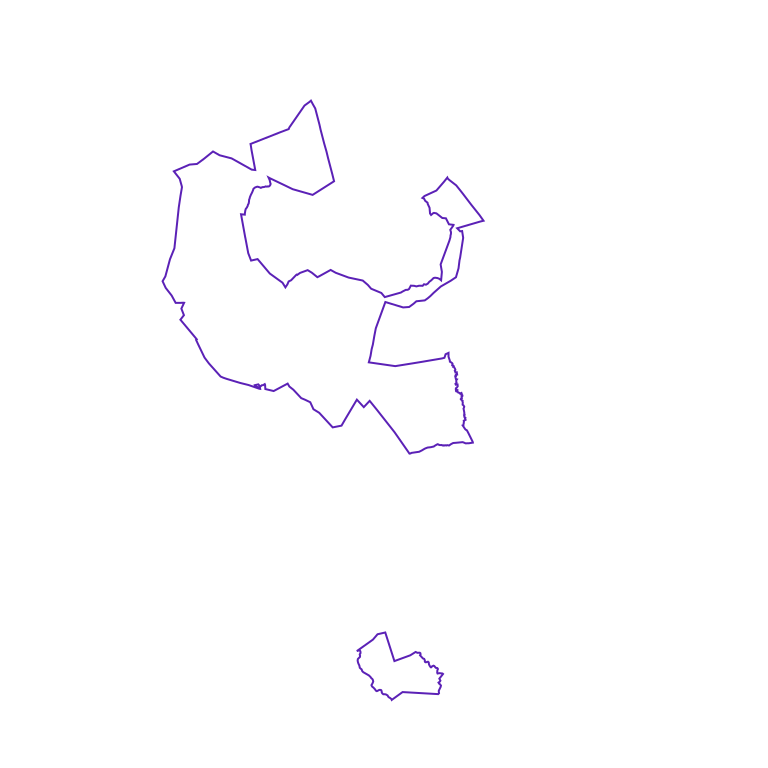 Asunción Nochixtlán, Oaxaca, Mexico (Natural Earth projection), rotated 328°
{"feature_id": "50627088B53050207097462", "entity_name": "Asunción Nochixtlán", "entity_type": "district", "adm_level": 2, "iso_a3": "MEX", "parent_name": "Mexico", "parent_adm1": "Oaxaca", "projection": "natural_earth1", "projection_center": [-97.155, 17.382], "detail": "fine", "context": "isolated", "style": "outline", "palette": "violet", "viewbox_px": 768, "rotation_deg": 328, "n_neighbors": 0, "source": "geoboundaries", "source_scale": "gbopen_adm2", "svg_char_len": 6150}
<svg xmlns="http://www.w3.org/2000/svg" viewBox="0 0 768 768"><g transform="rotate(328 384 384)"><path d="M472.2,105.0L470.2,105.3L464.7,105.7L464.0,105.8L439.6,116.3L438.3,117.3L429.8,115.6L398.0,109.7L397.4,111.3L395.7,115.2L388.2,134.3L385.4,132.1L374.3,111.9L365.8,102.9L362.2,96.2L350.8,97.6L342.0,98.3L335.4,94.9L318.5,92.3L319.5,101.7L317.3,109.2L316.9,110.1L311.2,116.5L303.6,125.4L278.2,157.8L268.6,164.8L255.6,176.9L250.7,179.5L249.8,186.8L250.8,196.4L250.3,204.8L254.7,207.5L257.0,208.8L257.5,209.2L252.1,212.7L250.8,219.6L245.4,221.6L248.9,246.9L248.0,247.0L247.4,251.9L245.8,266.5L246.4,273.7L249.4,291.1L251.1,293.6L253.3,296.3L262.6,306.9L268.6,313.1L275.7,321.9L276.4,322.5L276.8,321.4L273.4,317.7L273.7,316.5L277.2,317.7L277.7,320.7L279.7,320.3L280.8,320.9L282.8,320.9L282.7,321.7L280.7,325.4L286.7,331.5L302.5,332.6L302.4,336.0L304.1,340.8L306.3,352.1L308.7,355.5L311.8,360.4L310.8,368.0L313.8,374.1L317.5,393.6L325.9,396.8L332.3,393.4L352.7,382.9L354.6,392.9L362.9,390.7L363.1,392.2L364.3,402.0L367.4,430.5L368.7,456.5L369.2,456.8L370.1,457.0L370.6,456.9L377.9,460.1L381.1,460.4L382.9,460.4L384.8,460.5L387.3,461.0L390.2,462.4L392.3,463.1L393.0,463.4L394.0,463.3L395.2,463.3L397.3,463.4L397.6,463.5L397.7,463.8L398.2,464.2L398.4,464.8L399.0,465.4L399.7,465.8L400.2,466.2L400.6,466.3L401.5,467.6L402.4,467.7L402.8,468.3L403.8,468.6L404.3,469.2L405.1,469.3L406.1,470.2L406.5,470.4L406.6,470.6L409.2,470.5L411.4,470.7L413.9,472.0L419.9,475.0L420.9,476.3L421.7,477.5L424.5,479.2L428.3,480.8L428.6,479.9L429.5,470.8L429.7,468.2L429.7,467.0L429.1,466.1L428.9,465.0L428.8,460.9L429.5,461.1L430.1,460.2L430.8,459.6L431.4,458.7L431.8,458.4L432.2,457.4L434.2,457.6L434.4,456.2L435.1,455.9L435.0,455.5L434.7,454.4L435.1,454.0L435.4,452.8L436.1,452.8L436.5,451.4L436.9,450.9L437.2,450.2L437.9,448.4L438.4,447.0L439.2,446.5L440.0,445.8L440.1,444.3L439.7,443.2L441.1,441.3L441.2,441.0L441.2,440.4L441.8,439.8L441.0,437.7L441.2,437.4L442.5,437.3L442.7,436.4L442.8,436.1L443.8,436.0L444.4,435.3L443.9,434.7L444.6,434.0L444.9,432.7L443.5,432.7L443.5,431.8L442.4,430.6L442.4,429.8L441.7,428.9L442.6,428.7L443.0,428.1L441.7,427.4L441.9,427.0L442.4,426.7L442.3,426.2L442.8,425.7L443.9,425.6L445.3,425.0L446.1,423.4L444.5,422.6L444.7,421.7L446.2,421.4L446.6,420.2L447.3,419.1L448.3,418.7L447.6,417.9L448.5,415.2L449.2,415.4L449.7,414.4L451.0,414.8L451.9,412.6L450.7,412.2L451.1,410.2L451.7,410.1L452.2,409.5L452.4,406.7L451.9,406.2L452.4,405.9L452.6,405.5L451.7,404.3L451.9,404.0L452.7,403.5L452.9,402.9L452.8,402.3L452.6,401.8L452.3,401.0L451.7,400.0L452.2,399.1L453.2,395.0L453.9,393.9L455.2,391.8L452.0,391.4L450.6,392.6L449.1,393.8L446.6,393.0L432.3,387.1L427.9,385.3L418.6,381.4L403.0,374.8L382.6,357.6L387.5,353.0L392.0,347.9L395.4,344.7L401.1,338.3L406.6,332.4L428.6,315.2L440.8,329.2L446.1,332.0L451.6,331.6L455.3,331.0L459.8,333.2L462.9,334.7L466.4,334.5L469.9,334.0L474.4,333.0L483.9,331.4L495.2,331.8L501.6,331.6L508.5,325.4L513.6,319.1L515.5,317.2L528.6,302.0L531.3,295.7L529.5,294.9L528.6,290.7L551.6,297.2L554.9,298.3L554.5,291.3L553.0,278.3L551.7,264.3L551.3,260.6L550.5,253.8L547.6,245.9L546.9,243.6L547.1,242.5L542.0,244.3L531.3,247.6L530.9,247.7L518.4,246.1L517.6,246.1L515.2,246.6L516.2,248.1L516.0,250.5L517.0,253.3L516.5,254.5L516.0,258.7L513.4,263.8L513.5,265.6L516.3,265.2L517.1,265.4L518.9,267.1L521.4,274.1L524.3,276.3L523.7,283.0L527.3,285.9L526.9,286.3L521.9,288.4L521.3,290.7L520.3,292.2L519.2,293.2L518.1,294.7L515.3,297.2L495.4,312.6L492.5,319.6L487.4,326.3L486.7,324.2L485.5,322.5L483.6,320.9L482.1,320.4L480.5,320.8L478.4,321.2L476.6,321.3L474.3,322.1L472.2,322.0L470.8,320.6L468.8,321.2L467.4,320.2L465.7,319.2L463.2,318.4L461.6,316.7L460.0,315.6L458.9,314.8L455.6,316.7L454.1,316.7L452.3,315.7L448.6,315.4L446.8,315.4L430.7,310.7L430.0,305.4L423.6,296.4L422.8,291.4L420.8,285.0L410.4,275.0L402.0,264.1L399.2,259.0L386.0,258.3L384.1,258.1L381.8,251.4L379.6,247.0L371.7,245.3L368.3,245.5L368.1,245.0L367.3,245.0L360.2,246.8L357.5,246.5L354.9,248.3L351.6,249.8L351.6,244.3L345.7,229.8L343.0,211.1L336.7,208.9L338.2,201.1L343.9,186.5L343.9,186.4L352.7,164.3L355.7,166.6L356.4,165.6L357.7,164.1L358.3,163.4L359.5,162.3L361.4,161.6L361.9,161.2L362.7,160.8L363.7,159.8L364.8,159.3L365.5,158.5L366.1,157.9L367.2,156.3L368.3,155.5L369.4,154.4L370.3,153.8L370.8,153.4L372.4,152.4L373.6,151.7L375.7,150.2L376.7,149.3L378.6,149.0L380.4,149.3L381.4,149.7L383.0,151.6L383.5,152.4L385.2,152.6L385.6,152.9L387.3,153.6L388.3,153.7L389.3,154.6L389.9,154.7L390.5,155.2L391.6,155.5L393.1,154.9L393.9,154.2L394.1,153.4L394.3,152.7L395.1,150.5L395.5,147.7L396.0,148.6L404.9,162.6L409.8,170.4L423.7,185.8L449.1,185.6L451.4,178.5L456.3,162.7L458.4,156.4L460.7,148.4L465.0,134.7L466.7,129.9L471.7,113.9L471.9,109.2L472.2,105.0ZM265.6,675.7L266.8,675.4L267.5,673.8L268.0,673.1L271.5,670.9L272.5,669.9L272.4,668.4L272.0,667.5L272.0,666.1L273.6,666.0L274.6,665.5L274.8,663.2L280.4,661.2L280.2,660.5L277.8,658.6L276.0,657.9L276.1,657.1L277.6,655.0L278.7,654.3L278.7,653.2L277.5,652.1L277.2,649.8L276.7,649.1L275.0,648.9L274.0,649.3L273.5,649.0L273.4,647.0L273.6,645.5L274.4,643.8L274.1,642.8L272.0,642.2L271.5,641.4L271.6,640.9L272.1,640.2L272.3,639.3L272.4,638.4L271.6,637.4L270.8,633.1L271.8,632.6L272.2,631.5L271.9,630.8L269.8,629.6L269.3,628.7L268.8,628.0L262.5,628.0L246.0,624.5L253.4,595.4L245.9,592.8L239.2,594.9L219.4,596.1L221.4,596.6L222.2,596.3L222.8,596.2L222.4,596.6L222.3,597.0L222.3,598.2L221.6,599.6L221.1,600.0L220.5,600.2L220.0,600.6L219.7,601.8L219.0,602.7L217.2,603.1L216.1,603.4L215.2,604.4L214.7,605.5L214.3,606.8L214.1,607.9L213.9,609.7L213.1,611.8L213.3,612.7L213.8,614.2L213.4,615.9L213.7,617.4L216.8,623.2L217.0,624.2L217.3,625.1L217.3,626.3L217.5,627.1L217.8,628.0L217.7,629.3L217.2,630.6L215.7,631.7L214.8,632.2L213.8,632.7L213.6,633.7L213.7,634.8L214.1,635.6L214.6,638.2L214.6,639.7L215.2,640.7L215.8,640.8L216.3,640.8L217.0,640.9L217.8,640.9L218.6,641.3L219.4,642.2L219.2,643.3L218.7,644.3L218.6,645.0L218.7,645.8L219.0,646.7L219.5,647.1L220.3,647.5L221.2,648.4L222.0,650.0L221.9,651.5L222.2,652.5L222.7,653.3L223.4,655.4L223.2,656.0L236.5,655.1L265.6,675.7Z" fill="none" stroke="#5b21b6" stroke-width="2"/></g></svg>